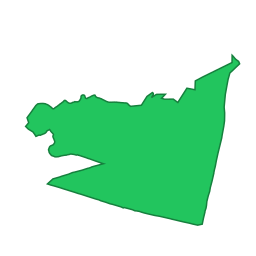 Taniche, Oaxaca, Mexico, rotated 188°
{"feature_id": "50627088B3574093962845", "entity_name": "Taniche", "entity_type": "district", "adm_level": 2, "iso_a3": "MEX", "parent_name": "Mexico", "parent_adm1": "Oaxaca", "projection": "orthographic", "projection_center": [-96.759, 16.568], "detail": "fine", "context": "isolated", "style": "filled", "palette": "green", "viewbox_px": 256, "rotation_deg": 188, "n_neighbors": 0, "source": "geoboundaries", "source_scale": "gbopen_adm2", "svg_char_len": 4872}
<svg xmlns="http://www.w3.org/2000/svg" viewBox="0 0 256 256"><g transform="rotate(188 128 128)"><path d="M200.0,61.4L197.2,60.9L196.9,60.8L193.5,60.4L187.4,59.5L183.0,58.7L171.9,56.9L168.7,56.3L168.3,56.2L168.1,56.2L165.6,55.9L159.9,54.9L158.4,54.6L156.9,54.4L156.5,54.3L150.1,53.2L146.8,52.8L145.0,52.2L143.7,52.0L139.8,51.4L135.5,50.5L134.9,50.4L133.1,50.3L123.8,48.9L121.6,48.2L120.6,48.7L116.9,48.3L112.2,47.7L109.4,46.9L108.9,47.1L105.2,47.0L103.2,46.6L102.0,46.4L100.0,46.1L99.8,46.1L97.0,45.8L89.1,45.1L84.7,45.0L81.1,44.7L72.9,44.0L72.7,43.9L59.7,42.7L53.9,42.3L50.6,41.9L45.5,41.5L41.1,43.1L40.7,49.5L40.1,55.5L40.2,56.3L39.6,59.5L39.5,62.2L39.7,66.2L39.1,72.0L38.3,76.6L38.2,80.5L37.8,83.8L37.4,87.1L36.7,95.3L36.8,95.6L36.6,98.8L36.3,101.5L36.2,102.7L36.0,107.6L35.4,115.4L33.8,131.2L33.8,133.6L33.4,142.9L33.4,148.5L34.0,153.5L34.4,156.5L35.7,162.1L35.9,166.3L36.3,174.9L35.9,184.8L35.7,189.3L35.7,189.8L35.2,193.4L34.8,196.6L32.1,199.9L29.6,203.1L28.0,205.1L26.4,207.1L27.7,209.3L30.8,211.0L31.7,211.7L33.8,213.6L35.0,214.5L34.1,207.3L61.3,188.8L67.9,184.0L67.0,175.2L75.2,175.6L82.1,160.5L82.2,160.2L87.2,162.9L92.3,162.1L95.9,161.6L98.9,162.1L95.7,166.6L103.1,165.5L104.6,165.2L109.0,161.4L107.6,164.6L107.8,165.9L108.8,166.5L113.6,161.9L117.9,152.4L128.5,149.8L130.1,150.8L130.3,150.8L130.6,151.0L130.9,151.4L131.3,151.7L131.9,152.2L132.5,152.4L133.1,152.5L133.6,152.5L134.4,152.4L135.0,152.3L135.5,152.3L135.9,152.3L136.3,152.3L136.7,152.3L137.4,152.2L137.9,152.2L138.3,152.1L138.8,152.1L139.2,152.1L139.8,152.1L140.3,152.1L140.9,152.0L141.2,152.0L141.8,152.0L142.5,151.9L143.0,152.0L143.4,151.9L143.8,151.8L144.3,151.8L144.9,151.7L145.4,151.7L145.8,151.6L146.6,151.4L147.1,151.4L148.0,151.2L148.4,151.1L148.9,151.1L149.4,151.0L150.0,150.9L150.7,150.9L151.2,150.9L152.0,151.1L152.6,151.2L154.0,151.6L154.7,151.9L155.3,152.1L157.2,152.7L157.8,152.9L158.1,153.1L159.0,153.3L159.4,153.3L159.9,153.5L160.8,153.7L161.3,153.7L161.9,153.7L162.4,153.8L163.2,154.0L163.6,154.1L163.7,154.3L164.3,154.5L164.5,154.7L164.6,155.0L164.8,155.2L165.0,155.6L165.3,155.9L165.4,156.0L165.5,156.0L166.2,155.8L166.5,155.7L167.1,155.4L167.7,155.0L168.3,154.7L169.9,153.4L170.8,152.9L171.5,152.5L172.2,152.0L172.5,151.6L173.2,151.4L173.8,151.5L174.3,151.7L174.5,152.3L174.8,152.7L175.1,153.3L175.3,153.8L175.6,154.2L176.0,154.4L176.4,154.5L177.1,154.5L177.5,154.4L178.0,154.1L178.4,153.8L178.7,153.4L178.9,152.9L178.8,152.1L178.8,151.3L178.8,150.5L179.2,149.9L179.4,149.2L179.8,148.3L180.4,147.5L181.5,146.9L182.9,146.7L183.5,146.6L184.1,146.7L184.3,146.7L184.6,146.5L184.8,146.3L185.2,146.0L185.6,145.9L186.0,145.8L186.2,145.7L186.8,145.4L187.0,145.1L187.4,144.8L187.9,144.6L188.8,144.4L189.6,144.4L190.1,144.5L190.7,144.7L191.8,145.3L192.4,145.7L193.1,146.2L193.6,146.5L194.4,146.6L195.0,146.3L195.8,145.0L196.5,144.4L197.5,143.3L198.5,142.4L198.8,142.2L199.2,141.6L199.7,141.1L200.2,140.7L200.7,140.0L201.6,139.2L202.4,138.6L202.9,138.1L203.5,137.5L203.8,137.1L204.2,136.8L204.7,136.6L205.0,136.6L205.5,136.8L206.1,137.2L206.5,137.6L207.0,137.9L207.6,138.2L207.8,138.3L208.3,138.6L208.9,138.9L209.5,139.3L210.2,139.6L210.9,139.9L211.4,140.0L211.9,140.1L212.3,140.2L212.7,140.3L213.3,140.5L214.1,140.5L215.1,140.5L216.0,140.4L216.4,140.4L216.8,140.3L217.1,140.2L217.5,140.2L217.9,140.1L218.4,140.0L219.1,139.8L219.5,139.7L219.9,139.6L220.2,139.5L220.6,139.3L220.8,139.3L222.4,137.4L224.0,134.3L225.2,132.1L225.3,131.7L229.4,124.1L227.3,119.9L227.2,119.8L227.2,119.2L229.6,115.3L226.5,113.0L221.6,110.9L219.6,108.8L218.9,108.0L218.0,106.9L217.3,107.3L216.5,107.8L215.7,108.3L215.1,108.6L214.6,108.6L213.9,108.6L213.1,109.1L211.8,109.8L211.0,110.3L210.2,110.7L209.3,111.4L208.9,111.8L208.5,112.4L208.2,112.9L208.1,113.2L208.0,113.7L207.5,114.1L206.9,114.6L206.2,115.0L205.5,115.3L205.4,115.5L204.9,115.1L204.2,114.2L203.0,113.1L202.3,112.6L201.6,112.0L201.3,111.7L201.1,111.4L200.9,111.2L200.9,110.8L200.9,110.7L201.0,110.3L201.2,109.9L201.2,109.6L201.2,109.3L201.1,108.9L201.0,108.6L200.8,108.3L200.6,107.9L200.1,107.1L199.6,106.3L199.0,105.1L198.7,104.7L198.6,104.3L198.6,104.0L198.7,103.6L198.7,103.0L198.8,102.6L199.3,101.8L199.8,101.0L200.2,100.6L200.4,100.6L200.9,100.3L201.5,99.9L202.2,99.5L202.8,98.8L203.1,98.2L203.7,95.6L203.6,95.1L203.1,94.1L202.6,92.7L201.7,91.7L200.3,90.4L199.3,89.9L198.0,89.8L196.5,89.3L195.2,89.4L192.9,89.9L190.3,91.1L187.3,92.1L185.2,92.6L184.0,93.2L182.7,93.5L181.8,94.0L181.0,94.3L179.6,94.3L177.6,94.3L175.4,94.0L174.5,94.3L174.4,94.3L174.2,94.5L174.0,94.4L173.4,94.1L172.6,94.1L165.4,92.8L164.1,92.5L162.9,92.2L162.2,92.2L156.1,90.9L155.7,90.8L148.0,89.3L147.4,89.2L147.9,89.0L148.5,88.7L154.3,86.2L156.0,85.5L158.5,84.4L159.5,83.7L161.0,82.9L162.2,82.5L166.9,80.2L167.5,79.9L174.7,76.9L176.7,76.2L180.6,73.9L181.1,73.7L187.0,71.0L188.8,70.0L194.9,67.3L195.2,67.2L200.0,61.4Z" fill="#22c55e" stroke="#15803d" stroke-width="1.5"/></g></svg>